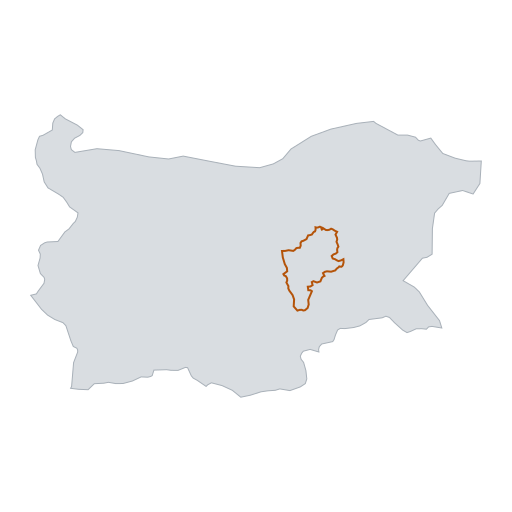 where Sliven sits in Bulgaria
{"feature_id": "BGR-2231", "entity_name": "Sliven", "entity_type": "Province", "adm_level": 1, "iso_a3": "BGR", "parent_name": "Bulgaria", "parent_adm1": "", "projection": "equal_earth", "projection_center": [26.271, 42.597], "detail": "fine", "context": "in_parent", "style": "outline", "palette": "amber", "viewbox_px": 512, "rotation_deg": 0, "n_neighbors": 0, "source": "natural_earth", "source_scale": "10m", "svg_char_len": 3553}
<svg xmlns="http://www.w3.org/2000/svg" viewBox="0 0 512 512"><path d="M441.8,328.0L432.0,326.4L428.6,326.9L426.4,329.2L421.8,328.7L416.2,328.8L410.3,331.5L407.0,332.6L402.7,330.1L394.5,322.7L389.5,317.5L385.9,316.2L382.2,317.8L369.0,319.5L365.9,322.5L359.8,325.9L353.7,327.5L344.9,328.6L340.2,328.4L337.6,330.0L335.5,334.9L334.0,339.7L332.7,341.6L321.7,344.0L319.3,346.7L318.6,349.4L318.9,352.0L310.1,349.4L303.3,351.2L301.7,353.2L300.3,356.2L301.1,359.3L303.6,362.4L305.9,370.6L306.8,378.9L305.3,383.6L300.3,386.9L289.9,390.6L279.8,388.9L275.3,390.3L267.9,390.8L261.0,391.8L250.4,395.2L240.8,397.2L232.3,390.3L222.1,385.6L211.4,382.8L207.7,384.8L206.1,386.4L197.2,380.3L193.2,378.1L191.3,375.8L187.6,367.7L185.4,367.4L178.0,370.4L170.9,370.3L166.6,369.7L153.9,370.1L152.2,375.6L150.6,376.5L147.8,377.2L141.1,376.9L132.4,381.0L123.1,383.5L115.8,383.6L108.4,382.3L103.9,383.2L94.3,383.7L88.1,389.7L78.6,389.3L70.6,388.3L71.6,386.4L73.6,362.6L77.7,352.0L77.6,349.8L76.8,348.2L73.3,346.5L70.9,340.8L65.9,325.7L63.0,322.7L54.8,319.5L47.6,315.1L41.6,309.4L30.7,295.3L36.4,293.9L38.2,291.1L44.0,283.3L44.7,279.5L44.1,277.4L40.4,273.6L38.0,265.5L40.1,258.0L40.3,254.1L38.5,250.2L40.6,245.4L44.7,242.8L47.2,242.0L57.9,241.5L64.9,231.9L69.0,228.9L73.3,223.4L75.3,221.5L77.3,217.2L78.0,212.9L69.6,206.9L66.8,202.3L63.2,197.3L58.2,193.9L48.0,187.9L44.2,181.9L42.5,174.1L39.9,168.2L37.0,164.3L36.5,161.2L35.4,157.4L35.2,149.8L37.9,139.8L39.5,136.3L43.0,135.3L52.3,130.0L52.8,123.1L54.6,118.9L57.5,116.5L60.3,114.8L65.2,118.8L77.3,125.1L83.1,129.7L82.8,132.6L79.9,135.4L74.6,138.2L71.4,141.8L70.5,146.4L71.3,149.6L74.9,152.4L96.9,148.7L119.0,150.6L148.8,156.9L168.6,159.0L183.2,156.1L210.3,161.4L235.5,166.2L259.7,167.7L273.3,163.9L282.8,158.7L291.0,149.0L311.3,136.3L330.9,129.1L356.5,123.4L373.6,121.4L376.0,123.4L397.9,135.1L407.6,135.1L415.5,137.2L418.4,140.3L420.4,141.0L430.8,138.1L435.5,144.6L442.8,153.5L455.2,158.2L466.2,160.8L469.7,161.2L481.3,161.0L479.9,183.5L473.1,194.0L462.5,190.5L449.2,193.4L442.2,205.4L438.2,208.9L434.6,213.1L432.4,228.6L432.1,254.2L427.0,257.3L422.4,258.2L403.1,280.7L414.3,287.1L419.3,291.9L427.6,305.4L439.5,320.6L441.8,328.0Z" fill="#d9dde1" stroke="#a8b0b8" stroke-width="1"/><path d="M297.4,310.6L293.7,306.4L294.1,299.4L292.6,295.1L289.3,290.6L288.3,288.4L288.4,286.1L286.4,282.5L287.2,280.6L287.1,278.3L285.8,276.1L284.2,275.5L283.4,274.1L287.2,271.3L286.9,267.9L284.8,264.1L282.8,257.4L282.0,251.0L285.3,250.9L288.6,250.2L293.3,250.9L294.9,249.8L296.4,248.1L298.1,247.8L299.8,247.8L300.7,245.7L300.5,243.0L301.6,241.3L303.3,240.8L306.5,239.1L308.1,235.4L310.0,235.1L311.9,234.5L312.8,233.1L313.8,231.9L315.0,231.4L315.5,230.1L315.6,228.7L315.5,227.3L316.7,227.6L317.9,227.5L319.9,226.7L321.7,227.5L321.4,228.6L321.9,229.6L322.6,229.2L323.2,228.2L325.9,230.0L327.7,230.1L329.5,229.7L331.1,228.7L332.7,229.3L334.8,230.7L337.1,231.8L335.5,234.6L337.0,237.8L337.2,239.6L336.5,241.8L337.6,244.3L338.4,246.7L337.4,248.1L337.1,249.8L337.4,252.2L335.8,253.6L333.5,254.4L331.7,256.0L332.7,258.5L335.0,259.2L336.8,260.3L338.5,261.1L341.0,260.4L343.4,259.2L343.6,262.3L342.9,265.1L342.2,266.2L341.2,266.8L339.3,266.4L338.6,267.3L337.5,268.0L336.4,269.0L335.3,270.4L331.1,271.7L327.0,271.3L324.9,271.8L323.0,273.1L323.7,274.6L324.5,275.9L323.1,276.6L321.9,277.7L320.4,281.4L317.0,282.5L313.4,281.2L311.8,282.1L312.6,285.1L310.4,286.5L307.8,286.7L308.3,290.2L310.6,290.3L311.9,291.2L308.2,299.9L308.7,304.5L307.6,308.0L305.0,310.2L303.3,310.5L301.7,309.8L299.6,309.9L297.4,310.6Z" fill="none" stroke="#b45309" stroke-width="2"/></svg>